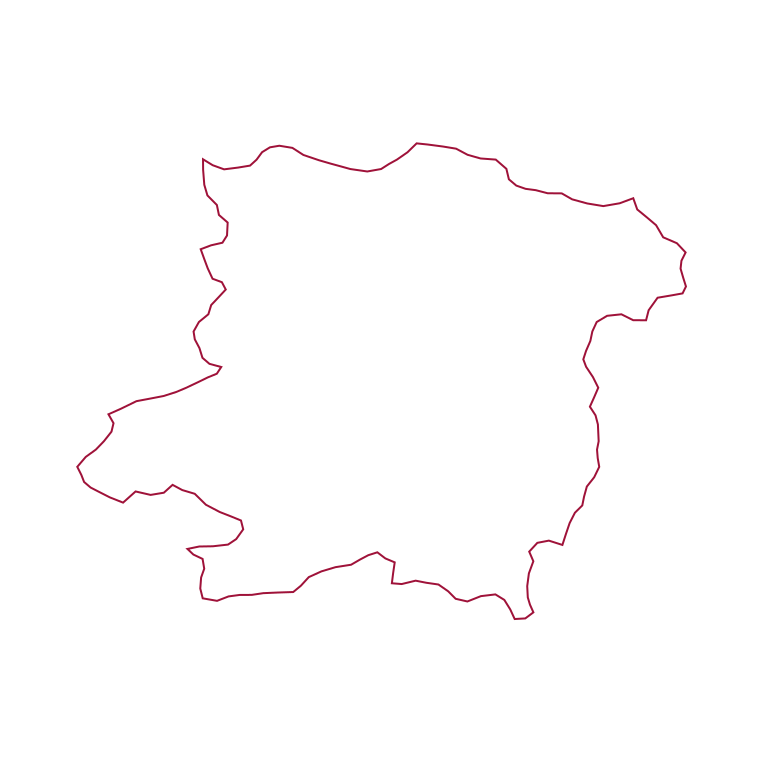 outline of Estiva, Minas Gerais, Brazil, rotated 264°
{"feature_id": "56859067B45558803897902", "entity_name": "Estiva", "entity_type": "district", "adm_level": 2, "iso_a3": "BRA", "parent_name": "Brazil", "parent_adm1": "Minas Gerais", "projection": "equal_earth", "projection_center": [-46.02, -22.455], "detail": "fine", "context": "isolated", "style": "outline", "palette": "rose", "viewbox_px": 768, "rotation_deg": 264, "n_neighbors": 0, "source": "geoboundaries", "source_scale": "gbopen_adm2", "svg_char_len": 2461}
<svg xmlns="http://www.w3.org/2000/svg" viewBox="0 0 768 768"><g transform="rotate(264 384 384)"><path d="M141.3,508.7L149.3,506.1L156.7,504.7L168.0,505.3L180.5,508.3L192.1,514.0L202.1,510.9L210.0,519.9L211.0,531.6L205.3,544.6L215.9,549.3L226.3,554.1L236.0,560.4L242.5,568.5L251.1,571.2L260.8,575.0L269.3,583.3L279.1,589.4L288.0,588.8L296.5,589.0L304.6,591.5L321.4,592.5L330.7,591.1L339.9,586.4L349.0,591.7L357.9,596.7L369.1,592.5L380.0,586.8L387.7,584.8L395.8,588.4L405.2,593.7L414.5,596.7L423.4,602.0L428.5,613.0L428.5,627.4L421.4,638.5L420.0,651.3L429.7,654.9L441.2,665.1L442.1,679.5L442.9,690.4L449.4,694.5L458.3,692.7L467.7,691.0L475.5,692.7L483.3,697.7L493.4,690.0L500.7,677.0L513.5,671.2L522.7,662.4L531.1,654.1L542.7,651.3L539.1,637.3L538.0,620.7L542.3,605.0L548.0,590.4L555.0,580.7L556.6,566.7L560.9,555.2L563.3,545.2L567.5,536.3L574.5,529.6L585.2,528.2L595.5,518.6L598.2,503.6L603.2,491.1L610.5,480.3L614.0,467.5L617.6,452.5L619.9,441.6L612.0,431.6L605.8,420.3L602.3,412.0L598.1,403.6L597.1,389.6L601.3,373.0L605.2,363.1L608.7,354.1L613.3,342.8L620.2,327.8L628.4,317.6L631.9,304.8L631.3,295.3L627.3,287.0L620.4,280.7L615.2,273.6L614.5,261.6L614.2,247.4L619.5,236.5L626.4,227.5L616.0,226.5L600.9,226.1L590.0,228.1L579.5,236.5L569.4,237.5L560.9,245.4L548.1,243.4L541.4,238.1L540.0,226.5L537.2,215.8L526.7,218.4L517.4,220.8L506.6,224.5L502.2,233.4L494.5,236.5L487.8,228.8L480.6,220.4L471.7,216.6L465.0,206.4L456.1,200.1L448.2,200.5L439.0,204.2L429.0,206.2L422.3,212.5L417.9,223.9L411.7,218.8L409.0,209.5L405.2,199.1L400.8,186.5L397.8,176.6L395.1,163.6L393.9,149.6L392.8,136.0L386.9,119.8L382.7,106.8L373.3,110.9L365.1,108.0L356.4,99.5L348.9,90.6L342.7,79.8L333.7,70.3L325.2,73.5L317.9,75.5L311.7,81.4L306.9,88.7L299.9,99.5L293.3,112.1L303.1,125.7L298.1,140.3L298.9,153.7L305.8,163.2L299.6,172.3L294.6,184.3L282.5,194.3L273.9,207.2L268.2,218.2L263.2,227.5L254.2,228.8L245.2,220.8L240.6,212.1L240.5,196.9L241.7,183.3L240.5,171.3L234.3,176.6L229.0,185.3L219.1,185.9L210.7,181.9L199.8,179.9L189.8,181.3L185.8,195.3L189.0,207.2L189.3,218.2L188.1,230.4L188.6,242.1L187.7,256.8L186.6,272.0L192.1,280.3L199.8,289.0L204.2,302.2L206.9,316.6L207.7,332.4L211.9,341.8L215.4,350.5L217.3,359.8L210.4,367.1L205.5,376.0L195.3,373.4L185.0,371.0L183.2,380.7L185.1,394.9L181.9,405.3L178.9,417.2L171.1,426.2L162.9,432.8L159.0,444.2L162.9,458.2L163.1,472.8L156.7,481.1L146.6,486.0L136.6,489.4L136.1,500.0L141.3,508.7Z" fill="none" stroke="#9f1239" stroke-width="2"/></g></svg>